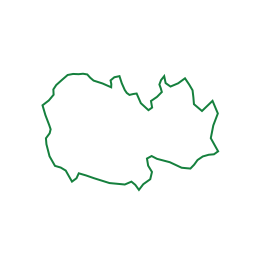 an SVG outline of Santiago, rotated 43°
{"feature_id": "DOM-1390", "entity_name": "Santiago", "entity_type": "Province", "adm_level": 1, "iso_a3": "DOM", "parent_name": "Dominican Republic", "parent_adm1": "", "projection": "mercator", "projection_center": [-70.906, 19.338], "detail": "fine", "context": "isolated", "style": "outline", "palette": "green", "viewbox_px": 256, "rotation_deg": 43, "n_neighbors": 0, "source": "natural_earth", "source_scale": "10m", "svg_char_len": 1151}
<svg xmlns="http://www.w3.org/2000/svg" viewBox="0 0 256 256"><g transform="rotate(43 128 128)"><path d="M209.8,83.6L208.8,88.6L205.3,92.5L202.1,97.8L200.7,104.0L201.4,109.7L201.3,115.1L197.7,117.9L194.3,120.5L181.9,124.5L170.2,130.8L164.4,132.4L162.7,137.4L168.4,141.8L175.5,143.8L179.2,150.3L177.5,158.7L178.2,165.8L172.1,164.6L167.1,164.9L164.2,171.5L152.0,180.9L137.4,187.9L129.7,191.3L122.9,194.7L124.6,199.9L123.6,205.4L117.5,203.5L111.5,201.6L105.8,202.8L100.4,205.5L89.9,202.2L79.4,195.5L75.0,191.5L74.3,185.3L72.3,181.7L68.4,179.6L58.8,174.9L50.0,169.7L51.3,161.9L50.9,154.4L47.1,150.7L46.2,145.5L46.9,137.9L47.7,130.4L51.0,125.9L55.2,122.3L58.1,119.0L61.7,116.6L66.1,117.0L70.5,116.8L79.0,112.8L87.9,109.7L85.9,107.3L82.8,105.1L83.4,100.2L86.4,95.9L92.9,99.5L99.7,102.4L103.2,103.2L106.5,102.8L108.7,99.5L110.8,96.9L120.5,101.1L130.8,101.0L131.7,96.6L126.4,92.6L128.0,85.4L128.2,78.6L124.7,76.5L121.3,74.8L119.5,70.4L119.1,65.4L124.9,69.5L130.8,68.7L134.2,61.1L135.8,52.8L143.1,54.5L149.5,56.4L154.8,60.9L160.0,65.6L170.5,65.1L171.3,50.5L183.8,56.1L188.6,67.9L195.5,79.0L209.8,83.6Z" fill="none" stroke="#15803d" stroke-width="2"/></g></svg>